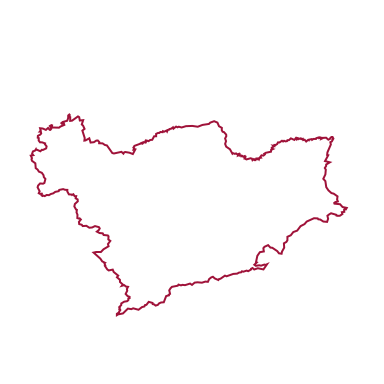 outline of Rionegro, Antioquia, Colombia, rotated 257°
{"feature_id": "7082276B44493492234121", "entity_name": "Rionegro", "entity_type": "district", "adm_level": 2, "iso_a3": "COL", "parent_name": "Colombia", "parent_adm1": "Antioquia", "projection": "equal_earth", "projection_center": [-75.409, 6.146], "detail": "fine", "context": "isolated", "style": "outline", "palette": "rose", "viewbox_px": 384, "rotation_deg": 257, "n_neighbors": 0, "source": "geoboundaries", "source_scale": "gbopen_adm2", "svg_char_len": 5969}
<svg xmlns="http://www.w3.org/2000/svg" viewBox="0 0 384 384"><g transform="rotate(257 192 192)"><path d="M222.7,44.6L221.7,45.4L221.8,46.6L221.1,47.6L221.8,49.7L221.1,51.9L221.8,54.0L221.9,56.5L222.9,58.8L222.8,62.3L223.9,63.1L223.8,67.1L222.7,68.8L222.1,71.0L220.7,70.6L217.4,71.5L216.5,74.4L216.1,74.5L216.5,75.9L214.3,76.7L214.0,78.2L212.0,77.2L210.5,78.9L208.6,78.6L206.7,75.2L204.4,74.1L201.0,75.1L200.5,75.8L198.1,74.9L195.6,75.3L192.4,74.4L191.5,75.8L191.6,76.6L190.2,77.5L188.3,75.1L186.1,74.9L184.9,77.2L183.4,77.8L182.8,81.5L180.3,83.9L179.9,86.7L180.6,89.8L178.7,93.4L177.3,93.9L176.0,92.8L174.8,90.4L172.8,92.7L171.8,95.7L170.0,96.2L168.6,100.2L167.6,100.7L164.6,99.8L162.7,101.4L160.2,98.4L157.9,98.5L156.1,92.9L154.0,89.7L155.1,85.2L155.1,82.5L147.7,87.7L144.6,88.9L142.6,91.3L142.3,90.6L139.8,91.0L139.6,90.5L135.7,92.0L134.3,93.2L134.2,97.3L131.7,97.7L127.1,101.3L125.8,99.7L122.7,102.0L120.5,101.6L117.4,103.8L116.4,102.6L116.5,105.0L114.8,106.3L114.0,108.3L112.1,106.7L110.4,106.7L107.6,104.4L105.1,105.8L103.9,107.6L102.6,107.3L102.5,106.0L100.9,105.6L100.2,104.2L100.4,101.3L99.3,98.0L97.7,97.6L96.2,95.2L95.4,95.6L94.3,94.8L93.6,95.6L92.7,95.4L92.2,94.3L91.1,93.8L90.2,91.4L88.9,91.1L89.4,92.6L89.2,97.4L92.8,103.3L91.5,106.6L91.9,108.5L89.3,113.4L91.1,117.4L91.2,119.9L92.4,120.8L92.3,122.2L94.7,125.1L92.8,128.6L91.6,128.5L91.0,129.8L89.5,131.0L89.7,133.3L90.9,134.9L91.3,137.0L90.9,139.7L96.4,143.4L96.5,146.2L97.1,146.2L97.7,147.7L101.3,147.7L103.0,149.4L104.1,151.1L103.9,157.0L104.8,158.0L103.5,160.3L103.7,161.7L102.8,164.3L103.2,169.5L101.5,171.1L103.1,174.2L102.8,177.0L101.4,181.3L101.7,184.9L100.9,187.3L103.3,189.1L104.5,191.6L104.7,193.3L102.6,194.8L100.3,197.9L101.0,198.5L101.1,200.3L103.1,205.3L102.1,206.7L102.9,213.8L102.3,217.7L102.9,219.6L102.7,221.9L103.5,222.8L102.8,224.1L103.1,227.6L102.2,228.9L103.2,232.1L103.9,232.3L104.3,233.9L102.5,235.2L102.9,239.0L100.5,244.2L104.7,248.8L104.4,247.1L105.0,246.2L104.7,242.8L105.5,240.9L105.7,237.6L107.1,236.4L108.8,239.3L109.3,238.6L115.1,241.3L118.1,244.6L117.9,248.6L121.2,248.9L122.3,250.3L123.1,254.2L120.2,255.9L119.6,257.7L115.2,261.8L112.7,262.9L111.7,265.4L113.7,266.3L117.0,269.3L121.3,270.0L122.1,272.7L123.5,274.1L126.9,274.9L127.6,278.5L130.2,281.7L130.7,285.8L134.3,290.1L135.4,294.4L137.4,297.1L139.0,305.0L138.0,308.5L137.0,308.9L136.3,310.8L133.7,313.3L132.5,316.9L135.3,318.6L138.4,318.6L139.4,320.8L140.0,322.7L137.3,327.5L136.6,327.4L136.1,328.2L135.6,330.7L136.7,333.6L138.6,333.5L138.4,335.9L140.5,336.2L140.9,336.7L140.4,338.0L141.7,339.2L143.5,335.3L146.8,333.5L148.6,328.2L149.3,328.1L149.9,329.3L150.0,332.0L152.1,331.7L155.0,332.8L158.5,329.7L159.6,327.6L162.9,325.3L166.5,323.9L172.6,324.4L175.3,322.9L179.1,325.9L183.7,327.4L185.5,326.8L187.1,328.5L188.6,328.9L189.9,333.0L192.2,328.6L197.2,333.0L197.7,332.0L200.2,332.9L207.1,338.0L209.4,338.0L209.8,339.6L211.8,341.4L212.0,340.9L212.9,341.6L214.0,341.3L214.2,340.4L213.7,339.1L212.8,338.5L212.3,336.6L214.7,334.9L215.2,332.2L214.7,330.0L215.5,330.5L215.8,328.5L216.4,329.0L216.7,328.2L216.5,325.2L215.8,324.7L216.4,322.3L215.8,320.7L216.6,320.5L216.7,317.8L216.1,317.5L216.6,316.7L215.5,314.6L217.6,313.5L217.6,312.0L218.9,312.0L218.9,310.5L219.8,310.1L219.5,309.3L220.5,307.5L219.6,307.8L219.5,307.3L220.5,306.4L219.8,305.8L221.1,305.2L219.7,303.5L222.0,300.4L220.7,298.1L221.0,296.6L220.2,296.0L220.3,294.4L221.2,293.2L220.7,292.1L221.7,291.2L220.6,288.4L221.0,286.9L219.6,285.8L219.0,284.1L219.3,282.9L218.2,282.7L218.7,281.6L218.0,282.0L217.3,279.9L216.6,280.2L216.1,279.5L215.6,280.4L215.2,278.6L213.5,278.0L213.6,272.7L213.0,271.0L212.2,271.4L211.4,269.8L212.1,268.0L210.9,266.5L209.9,266.9L210.0,265.4L208.8,264.6L209.8,264.2L210.1,262.6L209.3,262.7L209.7,261.2L208.8,260.9L209.0,260.1L210.1,259.5L209.4,258.1L211.0,257.9L211.7,256.6L211.5,252.4L212.4,251.3L213.6,251.7L213.3,250.8L214.2,251.0L214.5,251.9L215.2,251.6L214.9,249.8L215.7,249.3L215.7,248.2L216.4,248.3L216.7,246.7L217.7,246.9L217.3,245.2L218.6,246.0L218.5,244.5L219.7,243.6L219.5,242.4L220.6,240.7L220.2,240.0L225.1,238.6L228.5,235.5L231.4,235.1L233.9,236.6L236.7,236.3L238.7,238.0L240.3,238.2L243.2,236.6L243.8,235.4L245.5,234.9L247.8,235.5L250.0,233.1L253.9,232.4L256.0,229.5L255.5,225.4L254.5,223.8L255.0,217.3L254.3,212.3L256.3,207.2L257.5,200.9L257.2,196.4L258.6,193.8L258.3,192.4L259.3,191.2L257.9,188.2L259.3,188.0L258.4,186.0L258.4,184.2L257.9,183.9L257.9,182.3L256.5,181.3L257.6,180.9L257.0,178.4L257.8,177.4L256.9,176.8L257.6,174.7L256.9,173.4L257.2,172.3L256.7,170.1L254.4,169.6L254.8,167.6L251.8,165.0L252.1,163.0L251.3,161.1L252.3,159.5L251.1,158.4L252.1,158.1L250.9,157.2L251.5,156.0L251.2,154.2L250.5,155.0L250.2,154.6L250.8,153.4L249.9,146.3L248.4,144.9L247.5,145.6L246.4,144.6L246.1,146.2L242.3,142.9L244.4,139.8L246.0,135.9L245.9,134.9L244.8,133.8L247.0,132.3L247.1,124.6L247.9,123.1L256.5,119.6L257.4,117.7L259.5,115.8L260.4,112.5L261.5,112.9L263.4,111.8L263.6,110.3L262.6,107.6L263.0,104.3L267.4,104.0L266.2,99.8L266.3,98.7L268.7,99.6L276.5,99.0L277.7,101.5L281.2,100.8L282.6,99.8L286.5,102.1L286.9,98.8L290.3,98.9L291.3,97.9L288.5,91.2L288.7,89.3L292.4,90.2L293.3,89.2L294.5,90.2L295.1,89.9L294.4,88.6L291.7,87.9L289.5,86.4L289.3,81.8L288.5,80.2L287.8,80.6L288.5,82.5L286.1,82.7L285.4,78.6L284.6,76.9L286.4,70.0L288.4,70.7L288.8,70.1L288.3,68.4L285.3,69.1L284.4,68.0L284.6,67.3L286.8,66.2L285.4,63.6L287.4,60.9L288.3,58.3L286.0,58.4L285.1,57.3L284.9,58.3L282.9,58.2L282.0,56.9L281.4,54.5L279.6,53.9L279.0,54.8L276.6,54.2L274.6,55.1L274.1,57.1L272.4,59.8L271.7,59.4L269.2,60.6L267.3,59.7L266.5,56.1L266.9,55.2L265.8,53.4L268.0,50.5L268.1,49.7L268.8,49.6L267.7,48.5L267.3,46.1L265.2,44.8L263.6,45.6L263.7,43.1L261.0,43.7L260.1,43.0L258.4,43.1L255.2,45.8L250.4,45.1L248.6,46.6L246.3,47.4L244.5,50.0L241.8,51.1L239.8,51.0L237.7,52.1L234.0,50.2L233.6,48.7L234.5,45.9L232.9,43.5L231.3,42.6L227.0,43.7L225.3,42.4L224.4,43.4L224.1,46.1L223.7,45.0L222.7,44.6Z" fill="none" stroke="#9f1239" stroke-width="2"/></g></svg>